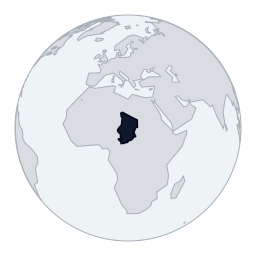 Chad on an orthographic globe
{"feature_id": "TCD", "entity_name": "Chad", "entity_type": "country or territory", "adm_level": 0, "iso_a3": "TCD", "parent_name": "Africa", "parent_adm1": "", "projection": "orthographic", "projection_center": [18.978, 15.46], "detail": "fine", "context": "on_globe", "style": "filled", "palette": "ink", "viewbox_px": 256, "rotation_deg": 0, "n_neighbors": 0, "source": "natural_earth", "source_scale": "50m", "svg_char_len": 10894}
<svg xmlns="http://www.w3.org/2000/svg" viewBox="0 0 256 256"><circle cx="128" cy="128" r="113" fill="#eef3f6" stroke="#a8b0b8"/><path d="M100.5,18.8L93.8,20.7L95.3,20.3L91.1,21.8L91.2,22.0L88.6,22.9L91.0,22.4L93.4,21.5L95.2,21.1L95.5,21.2L92.2,22.3L91.6,22.4L90.8,22.8L89.0,23.3L90.1,23.2L86.1,24.6L90.5,23.5L87.7,24.9L84.9,25.9L84.7,25.4L77.7,27.4L74.8,28.8L71.0,30.9L64.9,35.6L61.9,37.5L58.3,40.5L60.1,39.4L63.6,36.8L66.2,35.8L70.2,33.1L71.8,32.5L76.1,30.1L76.0,31.1L73.5,33.4L69.9,35.5L68.8,36.7L72.6,35.3L66.4,40.3L63.0,45.7L61.3,47.2L57.3,48.2L56.2,46.1L50.9,48.8L54.8,47.8L50.6,52.0L50.1,53.1L50.7,53.5L52.5,52.3L51.1,54.1L46.8,55.4L47.9,53.8L49.3,53.3L48.7,52.5L45.7,54.0L43.8,56.3L41.4,57.1L39.9,58.9L38.6,60.3L41.0,57.3L36.7,62.9L33.7,66.4L38.5,59.6L43.9,53.1L49.7,47.0L55.9,41.4L62.6,36.3L69.6,31.7L77.0,27.6L84.6,24.1L92.5,21.1L100.5,18.8ZM17.7,104.9L18.0,104.2L16.8,110.5L17.9,105.7L17.4,109.6L18.7,112.5L18.3,113.7L19.2,123.9L22.2,130.1L22.9,135.5L22.4,138.0L23.9,139.9L23.9,141.8L31.6,148.9L37.0,155.8L37.9,162.4L35.3,168.2L37.6,182.5L34.2,184.5L36.5,190.0L39.2,196.7L36.8,194.0L40.7,199.1L41.6,200.2L36.4,193.5L31.7,186.5L27.6,179.1L24.0,171.4L21.1,163.4L18.7,155.3L17.0,147.0L15.9,138.6L15.4,130.2L15.5,121.7L16.3,113.3L17.7,104.9ZM24.0,84.8L22.5,88.8L22.7,88.1L24.0,84.8ZM28.0,76.2L28.4,75.4L28.2,75.8L28.0,76.2ZM75.8,29.8L75.9,30.0L75.1,30.3L75.8,29.8ZM77.6,28.8L76.6,29.1L77.2,28.6L77.9,28.4L77.6,28.8ZM78.8,28.6L78.6,27.8L79.8,27.1L83.3,25.9L78.8,28.6ZM94.0,21.2L91.5,22.1L93.3,21.3L94.0,21.2ZM94.7,20.8L97.5,19.6L101.3,18.6L99.6,19.1L104.3,17.9L104.8,18.0L102.3,18.7L99.7,19.2L101.9,18.9L94.7,20.8ZM96.1,20.9L96.3,20.6L99.6,19.6L99.8,20.0L98.6,20.2L96.1,20.9ZM105.3,17.7L107.8,17.2L108.9,17.1L110.0,16.9L105.1,17.9L105.3,17.7ZM98.1,20.5L99.8,20.3L98.5,20.9L96.1,21.1L98.1,20.5ZM100.4,19.3L102.0,18.9L101.2,19.2L100.4,19.3ZM94.9,23.5L95.1,22.9L96.8,22.4L94.9,23.5ZM100.5,20.2L100.9,20.0L101.6,19.8L102.5,19.8L100.5,20.2ZM106.2,17.9L106.2,18.0L108.3,17.5L109.2,17.5L105.7,18.3L107.6,18.0L107.9,18.0L104.8,18.6L106.2,17.9ZM105.5,19.3L101.4,20.5L100.6,21.5L99.0,22.0L100.6,20.3L105.5,19.3ZM105.3,18.8L105.0,19.2L103.2,19.5L102.3,19.4L105.3,18.8ZM111.0,17.4L110.5,17.1L111.3,16.9L111.0,17.4ZM105.6,19.4L106.6,19.2L105.7,19.5L105.6,19.4ZM109.8,17.9L109.5,17.7L110.4,17.6L109.8,17.9ZM108.7,18.8L107.4,19.1L106.7,19.1L108.7,18.8ZM109.5,18.3L110.8,18.2L107.3,18.8L109.2,18.3L109.5,18.3ZM110.6,17.8L111.1,17.7L110.6,17.9L110.6,17.8ZM112.1,19.0L107.8,19.9L106.4,19.6L110.6,18.8L112.1,19.0ZM213.2,54.4L213.7,54.9L211.0,51.9L214.2,55.7L216.1,57.9L215.4,56.9L217.1,59.1L218.9,61.5L219.5,62.3L223.9,68.9L227.8,75.8L231.2,82.9L232.8,87.5L233.6,89.5L232.6,88.1L233.9,92.8L237.6,102.6L238.3,105.9L239.1,113.7L238.7,111.3L236.3,107.3L237.6,115.6L239.5,120.7L240.2,128.0L239.5,126.7L238.6,120.4L237.7,118.8L236.7,111.7L233.5,102.3L232.7,105.4L231.5,101.3L227.0,94.3L225.2,98.7L223.1,112.1L224.8,122.9L223.2,128.5L216.2,114.8L212.5,105.0L210.4,106.8L202.9,99.7L191.1,102.0L189.0,99.7L186.9,101.4L181.6,99.6L178.4,95.7L175.3,96.5L183.8,106.9L187.0,106.1L189.3,101.1L191.0,105.0L196.1,107.8L191.7,119.0L173.6,130.9L171.3,123.0L154.8,102.4L155.0,99.9L154.9,99.7L154.7,99.2L153.7,103.3L150.7,99.3L160.1,113.8L161.9,120.3L173.3,131.4L172.4,132.8L175.9,134.9L186.6,130.3L186.8,133.0L182.1,146.3L166.8,164.9L168.6,175.7L167.0,185.0L156.9,191.9L157.2,198.6L151.9,201.4L151.1,205.2L146.5,209.4L139.1,213.4L127.0,213.8L126.7,210.5L121.4,204.1L114.2,187.7L117.7,179.9L116.9,173.7L108.1,159.7L110.0,151.8L107.6,148.4L102.6,149.1L99.7,145.0L96.6,144.8L77.1,146.4L70.9,140.7L63.0,123.7L66.4,117.6L66.6,110.1L89.5,86.7L94.8,88.4L113.3,85.7L115.7,86.6L113.9,92.3L128.2,99.2L132.2,94.3L144.7,97.7L152.7,97.0L154.7,86.2L141.6,87.0L138.9,82.0L149.0,76.9L160.4,76.8L159.7,74.9L152.1,71.0L154.3,67.4L149.4,69.5L151.7,71.3L148.7,72.8L146.5,71.3L147.3,70.0L143.8,69.3L140.5,76.4L142.5,79.0L133.5,80.7L135.9,85.4L133.6,87.7L128.6,80.8L128.8,78.2L120.0,71.1L119.0,73.9L127.3,80.9L124.8,80.4L123.5,84.8L122.6,81.1L113.9,73.2L105.5,75.0L95.4,85.6L90.4,86.4L85.9,84.1L88.9,73.2L99.8,72.8L101.0,69.5L98.3,64.6L101.8,65.1L102.0,63.2L106.1,63.0L111.3,58.7L115.4,58.2L116.9,52.9L119.2,52.1L117.7,55.4L118.7,57.6L128.8,57.2L130.6,56.0L130.8,52.7L133.5,53.2L132.4,50.1L137.9,48.7L130.3,48.0L130.3,44.6L133.3,42.1L131.9,41.0L127.0,45.2L126.2,47.1L127.8,48.9L124.6,54.6L121.3,55.7L119.4,49.6L114.5,50.6L115.2,45.9L128.1,36.5L133.8,34.8L144.2,38.4L143.2,40.3L139.0,39.9L143.4,43.1L142.8,41.5L145.1,42.1L145.6,39.5L147.3,39.8L145.0,36.9L147.1,37.1L148.5,38.9L151.2,35.6L155.3,35.5L155.1,34.7L153.7,33.8L160.0,34.5L159.6,33.9L157.4,33.4L155.1,31.9L153.5,29.7L155.8,30.0L156.6,30.9L161.8,33.4L163.8,36.0L164.6,35.9L163.4,33.9L157.0,30.7L155.5,29.3L158.6,30.5L157.4,29.9L157.3,29.4L159.3,29.2L155.9,27.9L151.9,22.4L155.4,22.1L158.7,23.5L158.3,21.2L162.3,21.7L160.3,21.1L158.7,20.2L157.4,19.9L156.3,19.6L151.7,17.9L152.0,17.9L159.8,19.9L167.4,22.5L174.9,25.6L182.1,29.2L189.0,33.3L195.6,37.9L201.9,43.0L207.8,48.5L213.2,54.4ZM82.2,98.9L81.7,101.1L82.2,98.9ZM172.9,82.3L179.4,82.0L175.5,75.8L177.7,75.2L175.6,73.5L175.2,75.4L170.0,70.6L172.4,68.4L171.1,65.8L168.9,65.8L165.3,70.7L172.8,77.4L171.7,80.2L172.9,82.3ZM18.8,112.5L18.8,114.1L18.5,113.6L18.8,112.5ZM21.4,95.5L21.5,96.7L21.1,96.5L21.4,95.5ZM22.2,90.0L21.4,94.7L20.6,95.0L21.3,92.1L21.3,92.6L22.2,90.0ZM26.4,79.5L26.0,80.1L25.6,81.1L26.1,80.0L26.4,79.5ZM27.8,76.6L28.4,75.5L27.8,76.6ZM50.9,51.9L51.2,51.8L51.3,52.6L50.5,52.9L50.9,51.9ZM56.7,52.6L54.5,55.4L55.5,53.5L53.9,54.3L54.0,51.5L60.5,47.8L57.5,49.8L56.7,52.6ZM56.0,47.2L55.2,49.1L55.9,47.2L56.0,47.2ZM99.2,54.3L100.8,55.4L99.4,57.4L94.3,58.9L96.1,55.8L99.2,54.3ZM103.3,56.6L102.9,50.6L106.1,49.8L104.3,51.2L106.5,51.2L104.3,53.6L107.7,59.0L106.8,61.2L97.8,62.1L101.2,60.4L99.5,59.3L103.3,56.6ZM96.2,39.9L96.1,38.1L103.2,38.5L102.5,40.1L97.3,41.5L95.1,40.3L96.2,39.9ZM84.9,26.9L84.4,26.8L85.3,26.4L86.5,26.2L84.9,26.9ZM94.8,23.3L88.1,27.3L87.2,27.3L84.3,30.0L80.8,31.2L82.7,29.3L77.9,32.4L78.2,31.2L75.2,33.4L79.9,29.0L80.1,28.3L81.3,28.6L84.5,27.5L86.0,26.8L90.1,24.5L92.0,22.7L95.5,21.6L97.5,21.3L97.6,21.6L95.3,22.1L97.1,22.1L93.8,23.2L94.8,23.3ZM118.9,23.2L116.1,23.0L119.2,24.6L115.9,25.0L116.5,25.2L114.3,26.1L112.6,27.6L111.0,27.6L111.0,28.2L109.6,29.0L109.1,29.9L106.1,30.4L105.3,31.5L104.3,31.1L103.7,33.1L102.8,31.9L100.9,33.0L102.7,33.6L88.0,35.7L82.4,38.1L78.3,40.8L77.4,38.8L80.8,35.2L86.3,31.3L91.7,29.6L90.3,29.2L92.5,28.3L92.7,29.0L93.8,27.4L95.6,26.9L100.5,24.5L100.9,23.0L102.7,22.2L103.5,22.5L104.7,21.5L107.4,21.8L108.7,21.3L112.7,21.3L113.4,22.5L114.8,21.9L117.9,22.1L118.9,23.2ZM113.1,19.0L114.7,20.1L113.7,20.9L107.2,20.7L105.7,21.2L101.5,21.4L103.0,20.2L104.1,20.2L105.4,20.0L104.4,20.4L106.3,19.9L107.8,20.0L109.7,19.6L109.7,20.0L113.1,19.0ZM118.1,84.4L119.9,84.7L122.7,84.4L121.9,87.3L118.1,84.4ZM112.0,79.1L113.6,78.7L113.9,82.4L112.0,82.3L112.0,79.1ZM114.3,75.6L113.7,78.4L112.9,76.9L114.3,75.6ZM119.1,54.9L120.8,54.5L121.0,55.3L120.2,56.5L119.1,54.9ZM127.2,29.1L125.8,28.6L126.2,28.3L125.0,26.5L127.3,26.3L129.0,27.2L127.2,29.1ZM152.6,88.2L150.4,90.4L149.2,89.5L150.2,88.9L152.6,88.2ZM135.5,88.9L139.5,90.1L135.3,89.7L135.5,88.9ZM129.5,28.5L128.7,27.8L130.4,28.2L129.5,28.5ZM129.0,26.0L130.9,26.2L127.5,26.0L129.0,26.0ZM185.0,222.2L184.8,223.0L183.5,223.4L185.0,222.2ZM184.8,181.2L176.1,197.8L171.2,198.5L170.9,194.1L174.5,184.3L180.4,180.8L183.4,176.0L184.8,181.2ZM239.6,142.9L239.9,140.7L240.0,140.3L239.6,142.9ZM239.9,140.7L239.5,137.3L236.9,124.7L237.9,124.0L240.2,130.5L240.1,132.2L240.3,135.3L239.9,140.7ZM240.6,127.6L240.6,127.2L240.6,125.5L240.6,127.6ZM225.2,123.7L227.4,129.4L226.3,131.0L225.2,123.7ZM234.7,92.6L234.8,93.7L234.3,92.2L233.7,89.8L234.7,92.6ZM148.3,27.2L147.4,29.7L148.3,31.8L151.2,33.3L146.7,32.6L145.3,29.3L148.3,27.2ZM151.2,22.9L148.7,22.0L150.0,21.9L150.8,22.1L151.2,22.9ZM149.5,22.7L146.0,22.5L144.7,21.7L147.8,22.0L149.5,22.7ZM137.8,25.0L137.4,25.7L136.0,25.3L137.8,25.0ZM155.7,19.6L154.2,19.2L154.8,19.1L155.7,19.6ZM150.6,18.1L151.0,18.4L149.6,17.9L150.6,18.1ZM152.0,19.2L150.7,18.5L153.3,19.4L152.0,19.2Z" fill="#d9dde1" stroke="#a8b0b8" stroke-width="1"/><path d="M137.3,120.0L137.3,120.8L137.3,121.7L137.3,122.6L137.4,123.5L137.4,124.3L137.4,125.2L137.4,126.1L137.4,127.0L137.5,127.3L137.4,127.4L136.9,127.3L136.7,127.3L136.1,127.5L135.8,127.4L135.6,127.6L135.5,127.8L135.6,128.2L135.5,128.4L135.5,128.5L135.4,128.6L135.3,128.8L135.2,128.8L135.1,129.0L135.0,129.3L134.9,129.5L134.6,129.6L134.5,129.8L134.6,130.0L134.6,130.3L134.8,130.4L134.8,130.5L134.7,130.6L134.4,130.8L134.1,131.0L134.0,131.4L134.1,131.6L134.2,131.9L134.2,132.0L134.2,132.3L133.8,132.6L133.6,132.8L133.5,133.1L133.5,133.3L133.8,133.4L134.0,133.4L134.5,133.5L134.5,133.8L134.6,134.1L134.7,134.5L134.9,134.7L134.9,134.8L134.9,135.4L135.0,135.6L135.2,135.8L135.3,135.8L135.5,135.9L135.6,136.0L135.6,136.3L135.6,136.6L135.5,136.8L135.4,136.8L135.2,136.8L135.0,136.7L134.8,136.7L134.5,136.8L134.3,136.9L134.2,137.0L133.9,137.1L133.4,137.4L133.3,137.5L133.3,137.8L133.3,138.0L133.2,138.1L133.0,138.3L132.9,138.3L132.7,138.7L132.6,138.8L132.4,138.7L131.9,139.3L131.7,139.6L131.5,139.9L131.3,140.0L131.2,140.1L130.6,140.4L130.1,140.4L129.9,140.5L129.7,140.6L129.3,140.6L129.2,140.6L128.8,140.7L128.3,140.6L128.1,140.7L128.0,140.8L127.8,140.9L127.8,141.0L128.2,141.2L128.3,141.3L128.2,141.5L127.9,141.8L127.6,142.1L127.4,142.2L127.3,142.3L127.2,142.5L126.6,142.6L126.0,142.6L125.6,142.7L125.4,142.6L125.1,142.8L124.9,142.8L124.6,143.0L124.4,143.2L123.9,143.3L123.8,143.5L123.7,143.5L123.5,143.3L123.3,143.1L123.3,142.9L123.2,142.9L123.0,143.0L122.9,143.2L122.6,143.3L122.3,143.4L122.1,143.5L121.9,143.6L121.6,143.6L121.4,143.5L121.2,143.5L121.3,143.3L121.3,143.2L121.2,142.9L120.9,142.4L120.8,141.9L120.5,141.5L120.2,141.2L119.9,141.0L119.8,140.9L119.4,140.5L119.0,140.2L118.9,140.0L118.7,139.8L118.5,139.5L118.4,139.4L118.3,139.2L118.5,139.0L118.6,138.8L118.8,138.7L119.1,138.7L119.5,138.7L120.0,138.8L120.4,138.7L120.6,138.7L120.9,138.7L121.3,138.7L121.6,138.7L121.3,138.5L121.1,138.2L120.8,138.0L120.7,137.7L120.6,137.4L120.5,137.0L120.4,136.5L120.4,136.2L120.6,135.6L120.5,135.4L120.5,135.0L120.5,134.9L120.3,134.5L120.1,134.2L120.1,133.7L119.9,133.4L119.7,133.3L119.5,133.1L119.5,132.8L119.4,132.7L118.9,132.6L118.6,132.6L118.4,132.2L118.0,131.8L117.8,131.3L117.6,130.5L117.5,130.0L117.6,129.8L117.9,129.5L118.2,128.9L118.9,127.9L119.3,127.3L120.0,126.6L120.9,125.6L121.4,125.1L121.5,124.1L121.6,123.1L121.7,122.3L121.8,121.4L121.9,120.6L121.9,120.0L122.0,119.2L122.4,118.5L122.4,118.4L121.9,117.7L121.7,117.3L121.8,117.2L121.3,116.3L121.1,116.2L121.1,115.9L121.1,115.3L120.9,114.3L120.8,113.2L121.4,112.9L122.0,112.6L122.6,112.3L123.2,112.6L124.0,113.1L124.9,113.6L125.8,114.0L126.6,114.5L127.5,115.0L128.4,115.4L129.3,115.9L130.1,116.4L131.0,116.8L131.9,117.3L132.8,117.7L133.7,118.2L134.6,118.6L135.5,119.1L136.4,119.5L137.3,120.0Z" fill="#0f172a" stroke="#020617" stroke-width="1.5"/></svg>